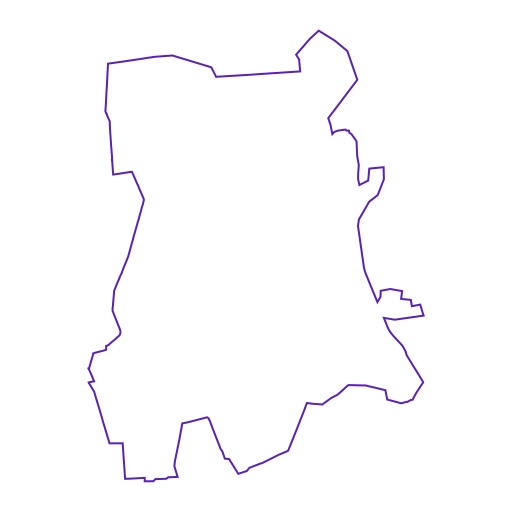 Ipiķu pag., Rujienas, Latvia
{"feature_id": "27541924B90668433326116", "entity_name": "Ipiķu pag.", "entity_type": "district", "adm_level": 2, "iso_a3": "LVA", "parent_name": "Latvia", "parent_adm1": "Rujienas", "projection": "mercator", "projection_center": [25.158, 58.033], "detail": "fine", "context": "isolated", "style": "outline", "palette": "violet", "viewbox_px": 512, "rotation_deg": 0, "n_neighbors": 0, "source": "geoboundaries", "source_scale": "gbopen_adm2", "svg_char_len": 3836}
<svg xmlns="http://www.w3.org/2000/svg" viewBox="0 0 512 512"><path d="M177.6,476.9L174.4,466.3L174.8,462.0L175.5,458.3L179.1,440.8L179.2,440.3L182.3,423.4L187.3,422.4L194.8,420.5L203.3,418.3L207.1,417.3L208.7,418.4L208.7,418.6L208.8,418.7L209.0,419.2L210.1,421.6L213.4,430.4L213.8,431.4L218.2,442.7L220.6,448.9L222.3,451.3L224.9,458.7L225.7,458.7L226.3,458.8L227.8,458.9L228.8,459.0L229.3,459.2L230.7,461.7L234.5,467.7L238.3,473.8L241.7,472.7L246.8,471.0L247.2,470.5L249.4,467.8L261.1,463.3L261.8,463.3L269.0,459.7L277.8,455.2L288.1,450.8L296.7,429.4L299.3,422.7L303.9,411.1L306.7,403.5L306.9,403.0L312.2,403.7L314.2,403.9L317.3,404.1L322.3,404.5L330.7,398.4L330.8,398.3L331.0,398.1L334.5,396.3L337.9,394.5L338.0,394.3L338.2,394.2L342.1,390.7L345.9,387.2L347.1,386.1L348.3,385.1L354.4,385.2L360.5,385.4L362.9,385.4L365.3,385.4L370.3,386.6L375.2,387.7L380.3,389.0L385.4,390.2L386.0,393.3L386.6,396.3L386.6,396.5L386.9,397.8L387.2,399.1L387.2,399.3L387.2,399.5L400.5,403.1L401.2,403.3L406.4,401.9L407.4,401.9L410.6,400.1L412.5,399.8L416.3,392.8L423.1,382.4L423.2,382.1L406.6,355.1L406.2,353.6L405.9,352.4L405.6,351.6L404.8,349.9L404.2,348.8L403.4,347.4L402.5,345.9L402.4,345.8L401.4,344.6L400.5,343.6L393.6,336.2L392.0,334.3L390.3,332.1L388.9,329.8L388.2,328.4L387.4,326.7L383.9,317.9L394.8,319.7L398.3,319.2L423.6,315.6L420.2,304.6L411.9,306.2L410.8,299.9L401.1,298.9L402.1,291.1L390.3,289.0L380.7,290.8L380.5,296.8L377.4,302.1L372.8,290.9L365.8,273.8L365.1,272.0L364.5,269.9L364.0,267.7L363.8,266.5L358.0,226.1L358.9,219.5L369.2,201.7L377.7,195.1L383.9,179.3L383.6,167.2L369.3,168.6L368.2,180.6L359.4,185.0L358.1,179.1L358.2,173.0L358.8,165.1L357.2,156.1L356.5,141.2L351.5,134.2L349.3,132.7L349.0,130.7L346.5,130.6L345.5,129.6L342.9,129.9L338.1,130.6L336.4,131.1L334.2,132.1L332.3,134.1L330.6,125.2L328.3,118.1L337.5,106.0L357.3,79.8L347.4,51.1L334.6,40.5L323.9,33.9L318.7,30.7L310.2,38.5L296.1,54.7L299.2,59.7L299.2,61.1L300.1,70.3L300.2,71.4L298.8,71.5L262.2,73.9L249.3,74.8L216.1,76.8L211.3,67.3L172.4,55.5L154.6,56.8L129.6,60.6L108.0,63.7L107.3,77.2L106.8,87.3L106.5,91.3L105.9,103.9L105.4,111.4L106.1,112.9L106.3,113.1L106.5,113.4L106.3,113.5L108.6,118.9L109.7,121.2L109.9,126.0L110.3,133.7L110.3,134.0L110.3,134.3L110.4,134.6L111.2,146.6L112.0,156.6L112.0,157.2L112.2,160.4L111.9,160.4L112.0,160.8L112.2,161.3L112.3,162.9L112.9,170.8L113.1,174.0L113.2,174.6L131.6,171.8L131.9,171.8L134.2,176.9L134.6,177.8L135.6,180.1L137.1,183.7L137.9,185.1L139.6,189.5L141.0,192.5L142.1,195.1L143.3,197.9L143.8,199.2L143.8,200.4L143.4,201.9L142.9,204.2L141.8,207.4L141.2,210.2L140.2,213.5L139.4,216.2L138.9,218.6L137.9,221.6L137.0,224.9L136.3,227.3L135.4,230.6L134.2,234.6L133.0,239.1L132.6,240.8L132.0,242.6L131.1,245.9L130.2,249.2L129.3,252.6L129.2,252.9L128.2,256.6L127.8,257.4L126.3,261.3L125.2,263.9L124.7,265.1L123.5,268.0L121.6,273.3L120.5,275.4L118.7,279.7L116.5,284.9L115.1,288.5L114.2,290.7L113.9,294.0L113.1,303.4L113.0,304.7L112.9,305.9L112.6,308.1L112.6,309.2L112.5,310.4L112.6,310.9L113.1,312.1L113.5,313.2L113.9,314.3L117.1,322.3L117.4,323.2L119.1,327.2L119.7,328.8L120.0,329.7L120.5,331.4L120.5,331.5L120.3,333.4L120.2,334.0L119.3,335.6L118.4,336.3L118.0,336.6L114.1,340.2L110.7,342.9L109.1,344.5L107.2,345.7L106.1,345.9L106.2,348.0L106.2,349.2L106.1,349.8L103.2,350.7L95.2,352.7L93.9,353.1L93.4,353.3L93.5,353.5L93.2,354.1L93.0,354.9L91.9,358.5L91.0,361.5L89.2,367.9L89.1,368.5L88.9,368.0L88.4,368.3L89.8,371.2L90.8,373.5L92.2,376.7L94.1,381.3L88.6,382.4L88.6,382.5L92.5,389.0L92.8,389.4L93.1,389.9L94.2,391.7L94.9,394.3L99.8,410.5L100.8,413.9L102.9,421.3L106.9,434.6L109.5,443.3L122.7,443.3L123.6,457.2L124.5,469.8L124.8,474.5L125.1,478.8L131.3,478.6L144.3,477.9L144.7,477.9L144.7,480.6L144.7,481.3L153.4,481.2L155.4,479.1L165.7,478.8L166.5,478.7L168.1,477.3L177.6,476.9Z" fill="none" stroke="#5b21b6" stroke-width="2"/></svg>